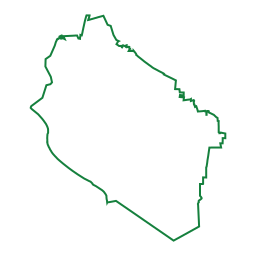 Navolato, Sinaloa, Mexico
{"feature_id": "50627088B58275904386471", "entity_name": "Navolato", "entity_type": "district", "adm_level": 2, "iso_a3": "MEX", "parent_name": "Mexico", "parent_adm1": "Sinaloa", "projection": "robinson", "projection_center": [-107.725, 24.725], "detail": "fine", "context": "isolated", "style": "outline", "palette": "green", "viewbox_px": 256, "rotation_deg": 0, "n_neighbors": 0, "source": "geoboundaries", "source_scale": "gbopen_adm2", "svg_char_len": 5053}
<svg xmlns="http://www.w3.org/2000/svg" viewBox="0 0 256 256"><path d="M31.3,106.1L31.0,106.7L30.8,107.3L30.7,107.9L31.7,109.0L38.2,114.3L42.2,118.8L43.6,120.6L44.8,122.3L46.0,124.0L46.7,125.4L47.3,126.7L47.5,127.2L47.5,127.3L47.6,127.6L47.7,127.9L47.8,128.1L47.9,128.4L48.0,128.7L48.0,129.0L48.0,129.3L48.1,129.6L48.1,129.8L48.1,130.1L48.1,130.3L48.1,130.8L48.1,131.6L48.1,132.8L47.9,133.3L47.5,134.1L47.4,134.7L47.4,135.2L47.4,135.6L47.3,135.8L47.3,136.1L47.3,136.3L47.3,136.8L47.3,137.3L47.2,137.7L47.2,138.2L47.2,138.4L47.3,138.7L47.3,139.5L47.3,139.8L47.3,140.3L47.3,140.6L47.3,140.8L47.3,141.2L47.3,141.3L47.4,141.7L47.2,142.0L47.4,142.3L47.3,142.6L47.5,143.5L47.6,144.0L47.7,144.4L47.9,145.0L48.2,145.4L48.3,145.8L48.5,146.3L48.8,147.0L49.4,148.0L49.7,148.6L49.8,148.9L50.0,149.3L50.1,149.5L50.4,150.0L50.6,150.3L50.8,150.7L51.0,150.9L51.2,151.2L51.3,151.5L52.0,152.6L52.2,152.8L52.3,153.0L52.8,153.7L53.2,154.1L53.5,154.5L54.8,155.9L55.1,156.3L55.3,156.5L55.8,156.9L56.1,157.3L56.7,157.9L57.4,158.7L59.3,160.4L61.3,162.1L63.2,163.7L65.6,165.6L68.8,168.1L72.6,170.9L77.7,174.4L84.3,178.6L86.3,179.6L89.2,181.1L90.1,181.5L90.5,181.6L92.5,183.6L92.7,184.3L93.3,184.8L95.7,186.0L102.1,190.2L103.8,191.7L105.6,194.2L106.4,195.7L106.5,197.9L106.7,199.5L107.0,200.5L107.1,201.9L107.2,202.6L107.3,202.4L107.7,202.3L108.9,202.2L116.0,200.9L144.3,220.4L173.6,240.6L199.1,226.5L198.1,204.7L197.9,204.0L198.3,202.9L198.8,202.3L198.8,202.0L198.7,201.6L198.6,201.3L198.7,200.9L199.0,200.5L200.3,199.6L201.4,198.7L201.6,198.4L201.6,198.1L201.5,197.7L200.8,196.7L200.0,195.8L200.0,193.9L200.0,192.3L200.0,184.0L203.0,184.0L203.1,183.9L203.1,182.2L203.1,177.4L206.2,177.5L206.2,174.0L206.2,170.8L206.2,170.5L206.2,167.5L206.2,167.3L206.3,167.2L206.5,166.9L206.6,166.7L206.9,164.7L207.2,162.8L207.5,160.1L208.2,156.0L208.9,151.0L209.1,149.7L209.4,147.6L214.2,147.5L214.3,147.5L215.7,147.5L215.9,147.5L216.0,147.5L216.4,147.5L221.1,147.5L220.3,143.3L222.6,143.3L222.7,140.2L222.7,138.1L223.1,138.1L223.4,138.1L225.3,138.2L225.3,137.3L225.3,136.6L225.3,136.4L225.3,135.5L225.3,133.5L222.7,133.0L220.9,132.6L220.7,132.8L220.7,133.0L220.3,133.2L219.5,133.2L219.6,132.5L218.9,132.3L218.7,132.2L218.7,126.6L218.6,124.1L218.6,123.5L218.6,122.1L218.7,121.1L217.7,120.9L217.6,118.9L217.5,117.9L216.5,117.3L216.3,117.2L216.1,117.0L214.3,115.3L214.1,115.1L213.8,114.8L213.6,114.7L213.1,114.5L212.5,114.2L210.5,113.2L209.8,112.9L209.2,112.7L208.9,112.4L208.9,112.2L208.8,111.8L208.8,111.7L208.8,111.3L208.8,111.2L208.7,111.1L208.4,111.0L207.8,111.0L207.8,111.7L206.6,111.8L206.6,114.8L206.4,114.8L206.4,114.1L206.4,113.6L206.3,113.1L206.3,112.3L206.3,111.5L206.3,111.4L206.3,111.2L205.1,111.3L205.0,110.8L202.9,111.1L200.8,111.3L199.3,111.4L197.9,111.5L197.8,111.1L197.7,110.5L197.6,110.4L197.3,109.3L197.1,108.6L196.8,107.9L196.7,107.5L196.5,106.9L196.3,106.3L195.1,106.9L195.0,106.4L195.0,106.1L194.8,106.1L194.6,105.2L194.4,104.5L194.0,104.5L193.9,104.2L193.9,103.6L193.8,102.9L193.8,102.3L193.8,102.1L193.9,101.7L193.9,101.4L194.1,101.0L194.0,100.9L194.0,100.6L193.7,100.1L190.9,101.0L190.9,99.0L190.0,99.5L189.8,99.5L187.8,99.7L185.1,100.1L183.6,100.3L183.8,98.5L184.0,97.4L179.7,97.0L180.0,95.0L183.7,95.4L183.7,92.5L179.8,92.4L179.4,89.2L175.1,89.1L175.9,80.4L171.9,78.4L163.8,74.5L164.1,73.9L163.5,73.4L162.3,72.8L161.8,72.5L160.4,71.8L159.0,71.1L158.1,70.6L157.2,70.1L155.9,69.4L155.6,69.3L155.2,69.0L154.7,68.8L154.3,68.6L153.1,67.9L151.8,67.0L151.5,66.7L150.0,65.6L149.8,65.5L149.5,65.3L146.7,63.2L145.7,62.5L144.1,61.3L143.4,60.7L140.4,58.3L139.1,57.3L138.1,56.5L137.7,56.2L137.3,55.7L136.7,55.2L136.2,54.9L136.2,54.2L136.1,53.9L135.1,52.5L135.0,52.4L134.5,51.8L134.2,51.4L133.6,50.7L133.6,51.2L132.7,51.0L131.9,50.8L131.4,50.7L131.4,51.0L131.1,51.0L130.1,51.0L129.4,51.0L128.7,51.0L128.8,50.8L129.1,50.2L129.5,49.6L129.7,49.1L129.8,48.9L129.4,48.9L129.3,46.9L128.8,46.8L127.9,47.0L126.9,47.2L126.8,46.8L126.7,46.5L126.6,45.8L126.7,45.2L126.4,45.2L126.2,45.3L126.0,45.5L125.9,45.6L125.5,46.5L125.4,46.4L125.1,46.2L123.1,45.3L122.3,47.1L122.1,47.4L121.9,47.3L121.8,47.2L121.3,45.9L120.8,45.9L120.1,46.0L119.4,46.0L119.1,46.0L118.9,45.9L118.7,45.7L116.5,44.2L117.4,42.7L118.1,41.4L118.7,41.1L117.4,40.5L116.5,40.0L116.3,39.9L113.5,35.0L110.7,25.9L107.6,24.8L103.4,15.8L97.8,17.3L97.2,17.5L95.9,17.9L95.4,18.0L94.1,18.4L92.0,19.0L90.5,19.4L90.0,19.6L88.2,20.0L88.5,19.0L88.6,18.9L88.9,18.0L89.3,16.5L89.4,16.2L89.6,15.6L89.6,15.4L89.0,15.4L88.2,15.4L87.2,15.4L86.5,15.4L86.3,15.9L86.3,16.0L85.9,17.3L85.4,19.1L84.9,21.0L83.2,28.7L83.2,28.9L82.8,30.5L82.5,32.2L82.0,34.4L81.8,35.3L80.4,34.9L80.4,36.7L80.0,37.2L80.0,38.8L78.4,38.5L77.3,36.0L77.1,35.5L75.5,35.5L74.8,35.6L65.0,36.1L63.4,36.1L64.7,39.1L63.1,38.3L62.9,37.9L61.8,38.6L61.0,38.6L60.9,38.1L61.4,37.1L62.4,36.9L61.7,35.5L61.1,35.7L59.5,36.5L59.1,38.4L58.3,38.9L58.1,38.7L57.9,38.7L57.5,38.9L56.9,39.5L56.8,40.3L56.6,40.7L56.2,41.2L55.7,42.5L55.1,44.6L54.7,45.8L50.3,55.8L45.6,59.1L45.4,66.5L50.8,76.8L52.0,82.4L50.4,84.2L46.4,85.2L42.4,97.8L31.3,106.1Z" fill="none" stroke="#15803d" stroke-width="2"/></svg>